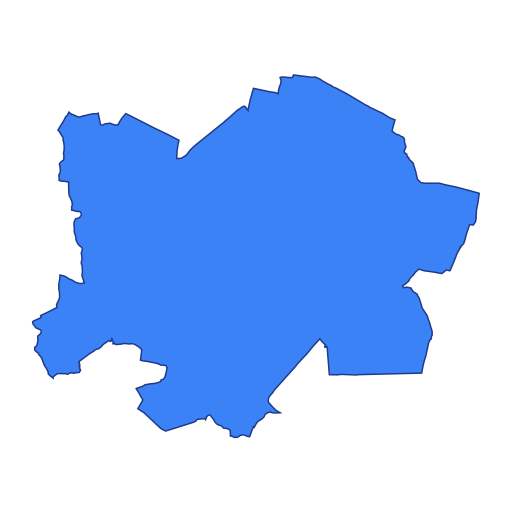 outline of Dorobantu, Tulcea, Romania, rotated 181°
{"feature_id": "2599482B37280829383537", "entity_name": "Dorobantu", "entity_type": "district", "adm_level": 2, "iso_a3": "ROU", "parent_name": "Romania", "parent_adm1": "Tulcea", "projection": "albers", "projection_center": [28.322, 44.951], "detail": "fine", "context": "isolated", "style": "filled", "palette": "blue", "viewbox_px": 512, "rotation_deg": 181, "n_neighbors": 0, "source": "geoboundaries", "source_scale": "gbopen_adm2", "svg_char_len": 6017}
<svg xmlns="http://www.w3.org/2000/svg" viewBox="0 0 512 512"><g transform="rotate(181 256 256)"><path d="M81.2,174.0L80.8,174.9L79.6,175.8L79.2,176.5L79.5,177.9L78.4,180.0L78.7,181.4L78.4,182.6L79.3,186.2L79.9,187.6L81.2,192.2L83.2,197.2L83.4,198.3L84.3,200.1L88.8,206.6L92.2,216.9L93.6,218.9L93.7,219.6L94.1,220.4L95.9,221.8L97.5,222.7L98.7,223.7L100.6,226.8L101.7,226.8L103.3,227.3L104.9,227.5L107.6,226.8L108.8,228.1L108.9,228.8L106.5,230.3L102.9,233.6L101.6,236.4L97.9,240.3L96.3,242.7L93.1,245.5L92.3,245.6L87.8,244.2L77.8,243.0L70.1,241.7L69.3,242.1L66.6,244.4L65.2,245.3L64.4,245.3L62.4,244.6L61.6,244.9L57.2,256.0L55.0,262.1L54.5,263.0L54.0,264.2L53.1,265.5L52.6,266.8L51.4,268.3L51.3,268.6L51.7,268.8L48.6,271.9L47.4,275.7L45.8,282.2L43.2,290.5L42.7,291.0L42.3,291.1L39.7,290.7L39.1,291.0L37.2,293.9L36.5,298.2L36.6,299.7L36.4,303.8L36.5,305.1L35.1,312.8L33.9,322.6L56.0,328.2L68.4,330.6L73.8,332.0L87.7,331.7L92.4,332.2L95.3,334.9L96.0,335.8L97.7,342.9L100.6,351.8L104.5,355.3L105.1,357.2L106.2,357.3L107.2,360.7L108.4,361.2L109.3,362.1L109.9,363.3L109.6,363.7L108.0,367.7L108.8,370.4L109.6,372.5L109.6,375.3L109.9,375.9L110.3,376.6L111.4,377.6L113.4,378.3L115.0,379.4L118.2,380.3L122.1,383.2L121.5,386.6L119.4,394.5L124.9,396.6L131.6,400.7L144.9,406.7L146.5,407.8L149.7,409.3L168.1,419.8L178.3,425.0L182.0,426.4L183.6,427.7L185.0,428.2L192.5,432.2L194.2,433.3L194.3,433.6L199.5,435.9L203.7,435.7L221.7,437.7L222.4,435.8L222.7,435.3L223.4,435.0L225.7,435.0L232.8,435.5L235.0,435.0L234.9,434.2L234.2,432.7L234.1,432.0L234.1,429.2L235.6,425.4L236.4,421.9L236.7,418.6L239.2,419.7L244.4,420.3L261.5,423.6L264.0,413.8L264.6,412.4L264.8,410.4L266.6,402.0L266.5,401.6L267.5,402.4L269.2,404.9L269.7,405.4L270.5,405.6L272.6,404.7L274.9,402.9L276.7,401.8L287.2,392.1L289.0,390.8L289.4,390.1L317.4,366.7L321.1,363.4L323.6,360.8L327.5,355.6L332.3,352.4L337.0,352.0L336.9,353.9L337.1,354.0L337.1,354.6L336.9,355.6L336.8,359.3L335.8,367.0L335.1,369.7L335.1,370.4L346.5,376.0L360.6,382.5L384.4,394.1L388.7,396.1L392.7,391.2L396.6,384.5L400.2,384.7L404.2,386.2L407.9,385.7L409.9,385.2L412.3,384.0L413.0,384.2L413.8,384.9L416.3,396.1L417.6,395.5L421.2,395.4L426.4,394.3L429.1,393.4L430.7,393.3L434.3,392.0L436.0,391.9L443.3,394.8L443.3,394.7L445.5,396.6L447.2,393.4L448.7,391.8L450.4,388.3L456.2,378.5L454.4,376.5L453.5,374.7L451.2,371.4L450.8,370.0L451.0,368.8L450.3,366.5L449.7,362.9L449.7,358.2L450.0,357.1L450.3,354.7L449.8,353.3L449.9,349.0L450.3,348.4L452.4,347.0L453.8,345.3L454.1,344.4L454.1,343.7L453.5,342.2L453.5,341.1L453.2,339.8L453.2,336.7L453.6,335.2L454.2,334.5L454.5,333.4L454.5,332.6L454.1,329.6L454.2,328.2L452.3,327.5L448.6,327.3L444.7,326.7L444.3,316.6L443.9,313.8L443.5,312.4L442.5,310.7L441.1,307.3L440.6,304.9L440.5,303.7L441.2,302.2L441.0,300.0L441.2,298.7L435.5,297.4L433.0,297.3L432.3,296.9L431.9,296.3L431.4,294.9L431.5,293.6L432.9,291.6L434.4,290.7L436.7,290.2L437.2,289.7L438.2,287.5L438.5,286.2L438.5,282.8L438.1,280.8L438.2,277.0L436.8,272.9L436.4,271.5L436.4,269.7L435.9,268.0L434.2,264.9L433.4,263.9L430.5,261.6L429.7,260.1L429.7,259.6L430.8,255.7L430.3,253.8L429.9,250.6L429.9,249.7L430.4,247.8L430.6,246.3L430.3,244.7L429.7,243.0L429.3,238.3L429.4,235.1L429.7,233.3L427.5,227.1L427.1,226.3L427.3,226.1L430.8,225.3L433.5,225.8L436.0,226.6L439.7,228.8L442.7,229.9L446.3,232.2L448.4,232.9L451.7,233.5L451.7,230.9L452.7,223.7L452.5,218.7L452.0,217.2L451.6,211.9L451.8,210.6L453.0,207.3L454.5,204.2L454.4,202.6L454.1,201.1L464.4,195.6L470.3,192.7L469.8,191.3L470.0,190.6L477.1,187.2L478.1,186.5L478.1,185.5L477.7,184.0L475.8,181.9L475.2,180.7L474.6,180.2L470.0,178.3L469.4,177.4L469.6,175.8L470.0,174.9L470.8,173.9L472.8,172.2L472.9,171.0L472.5,167.9L473.5,162.9L474.0,162.1L475.3,161.3L475.7,160.2L475.7,158.5L475.2,157.6L474.0,156.4L472.1,155.3L471.6,154.0L468.5,150.2L465.9,143.4L462.6,138.3L462.2,136.9L461.6,136.2L461.6,135.6L461.8,135.1L461.5,134.4L459.9,132.8L456.7,130.3L456.7,131.6L452.5,135.0L444.1,135.0L442.3,134.4L440.5,135.6L439.5,136.0L439.5,135.8L438.2,135.9L435.4,135.6L434.8,136.0L430.7,136.5L430.3,136.9L430.0,138.1L429.4,138.7L430.4,140.8L430.3,142.7L430.9,143.1L430.4,143.5L430.3,144.2L430.5,145.1L430.9,145.8L430.9,146.7L431.3,147.2L421.0,155.2L416.0,158.4L415.1,159.5L413.3,160.1L413.0,160.5L412.3,160.3L411.2,160.9L408.7,163.0L407.9,164.2L406.7,165.3L401.6,168.9L400.3,168.0L399.7,168.1L399.3,168.5L398.8,170.8L398.4,170.5L398.2,168.9L396.9,167.2L397.2,166.8L397.6,165.8L397.2,165.6L395.6,166.0L394.9,165.1L393.5,165.1L388.4,165.7L386.5,166.3L380.8,165.8L379.5,166.2L376.2,165.8L372.1,163.4L370.3,162.0L368.6,160.2L369.7,149.8L366.4,149.1L362.2,148.6L352.5,146.8L352.0,146.7L351.8,146.2L350.4,146.0L349.4,145.3L344.2,145.0L343.5,143.6L342.9,142.9L344.0,137.0L344.9,133.6L345.6,132.2L346.8,131.0L348.7,130.5L349.1,129.0L349.9,128.4L354.0,127.0L360.2,126.2L364.7,125.3L367.4,123.6L372.6,121.8L373.5,121.3L370.2,116.3L369.3,114.4L366.6,110.1L371.5,101.2L365.2,97.3L348.1,81.8L343.3,79.4L315.2,88.8L313.3,89.9L312.4,91.1L311.4,91.8L304.9,92.4L304.0,92.0L303.6,91.5L303.4,92.4L302.8,93.0L302.9,93.8L302.7,94.2L301.0,95.9L299.9,96.3L299.4,96.2L298.6,95.5L295.9,92.3L294.3,89.6L292.7,87.7L291.9,87.1L290.0,86.2L287.8,85.6L286.5,84.6L285.6,83.4L285.3,83.3L281.5,82.9L278.9,81.4L278.7,81.0L278.4,75.5L277.8,75.4L277.0,75.7L274.9,74.3L271.7,74.4L270.5,74.9L268.7,76.3L265.4,77.1L260.7,75.3L259.7,75.2L259.1,75.4L256.9,82.0L255.6,85.2L254.9,84.6L252.5,89.0L251.7,90.0L250.5,91.2L248.0,92.6L246.1,94.3L245.0,95.5L244.4,97.3L243.5,98.3L242.0,99.3L239.7,100.2L235.8,99.4L230.6,99.5L229.1,99.7L233.2,101.9L237.4,106.0L239.4,108.3L240.7,109.6L241.3,110.7L241.0,114.3L238.7,117.7L236.8,119.8L235.3,122.3L214.7,146.1L212.4,149.2L203.3,159.2L196.9,167.3L190.7,174.3L188.7,171.8L187.0,170.2L184.6,167.5L185.7,166.8L185.8,166.5L185.6,166.0L183.3,166.3L180.6,138.6L175.2,138.6L172.1,138.6L171.6,138.7L171.6,138.9L167.0,139.1L153.8,138.8L150.7,139.2L88.3,141.8L87.0,149.6L85.7,155.0L84.4,159.4L82.0,171.6L81.3,174.0L81.2,174.0Z" fill="#3b82f6" stroke="#1e3a8a" stroke-width="1.5"/></g></svg>